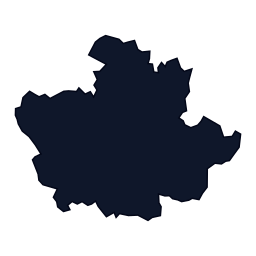 Camargo, Rio Grande do Sul, Brazil (Albers equal-area conic projection)
{"feature_id": "56859067B59406769241817", "entity_name": "Camargo", "entity_type": "district", "adm_level": 2, "iso_a3": "BRA", "parent_name": "Brazil", "parent_adm1": "Rio Grande do Sul", "projection": "albers", "projection_center": [-52.218, -28.61], "detail": "fine", "context": "isolated", "style": "filled", "palette": "ink", "viewbox_px": 256, "rotation_deg": 0, "n_neighbors": 0, "source": "geoboundaries", "source_scale": "gbopen_adm2", "svg_char_len": 1476}
<svg xmlns="http://www.w3.org/2000/svg" viewBox="0 0 256 256"><path d="M207.1,187.2L207.3,168.7L214.9,163.2L221.5,163.9L225.7,161.2L229.4,160.6L234.4,153.6L239.1,147.2L240.6,134.1L235.4,131.1L232.2,136.4L223.6,137.2L219.8,125.9L203.7,116.6L201.1,121.3L197.7,125.2L190.8,127.7L184.8,124.8L183.2,120.8L178.8,117.9L182.5,112.4L186.5,110.8L184.8,98.4L189.4,91.6L188.2,83.1L189.6,77.4L191.9,68.9L184.2,71.4L180.5,67.9L177.0,58.3L171.2,60.4L167.1,62.2L165.2,66.6L161.5,62.5L157.9,67.8L158.5,72.7L153.8,72.0L152.4,64.1L148.0,63.6L149.4,58.7L149.8,51.2L142.0,52.0L137.8,49.5L134.5,40.5L128.0,42.1L123.3,43.5L119.0,39.3L105.6,35.6L100.0,38.4L95.4,42.1L88.7,54.9L106.4,64.3L99.8,71.4L93.8,71.7L97.3,79.6L94.0,85.1L97.0,90.0L93.6,97.0L90.3,91.7L85.1,94.1L78.9,87.9L76.5,91.5L68.6,90.9L63.8,91.3L50.0,98.5L44.9,94.4L39.1,96.8L34.9,94.5L29.6,91.3L23.0,97.6L21.0,106.9L15.6,108.6L15.4,115.2L17.2,119.3L18.3,123.9L22.3,131.1L29.1,136.6L35.3,144.9L41.0,154.0L35.1,156.8L32.5,159.8L38.1,174.0L38.9,180.2L43.0,184.7L57.4,188.9L53.4,197.3L56.7,201.6L57.7,206.9L63.5,211.5L69.9,209.7L67.6,205.3L72.1,201.5L77.3,204.0L82.1,201.6L87.8,205.3L91.6,204.0L95.6,201.0L98.2,206.4L106.4,216.7L114.1,212.4L116.1,217.4L119.5,213.6L128.5,215.5L137.8,215.1L148.0,220.4L152.2,217.4L160.4,215.6L161.1,206.7L158.9,202.8L158.5,194.0L164.9,195.9L169.4,195.7L172.6,198.7L177.9,199.9L181.6,201.6L188.8,200.2L192.2,198.3L199.0,199.6L202.5,193.2L207.1,187.2Z" fill="#0f172a" stroke="#020617" stroke-width="1.5"/></svg>